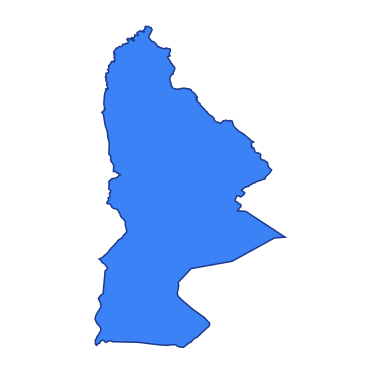 Offinso Municipal, Ashanti, Ghana, rotated 185°
{"feature_id": "2480657B80894926360364", "entity_name": "Offinso Municipal", "entity_type": "district", "adm_level": 2, "iso_a3": "GHA", "parent_name": "Ghana", "parent_adm1": "Ashanti", "projection": "albers", "projection_center": [-1.702, 7.059], "detail": "fine", "context": "isolated", "style": "filled", "palette": "blue", "viewbox_px": 384, "rotation_deg": 185, "n_neighbors": 0, "source": "geoboundaries", "source_scale": "gbopen_adm2", "svg_char_len": 6099}
<svg xmlns="http://www.w3.org/2000/svg" viewBox="0 0 384 384"><g transform="rotate(185 192 192)"><path d="M284.3,313.6L284.2,313.2L284.2,312.4L286.2,310.5L286.1,309.8L285.7,309.6L286.0,307.2L286.7,306.5L286.3,306.2L285.4,304.2L286.1,303.5L286.6,303.4L286.7,303.1L287.9,302.8L287.8,302.4L288.1,302.2L287.6,300.8L288.0,300.5L288.0,300.0L287.6,299.3L287.7,299.1L288.1,299.4L288.3,299.3L288.0,298.2L287.6,298.2L287.6,297.6L287.3,297.5L287.5,297.1L287.5,295.4L287.0,294.6L286.1,293.9L286.3,291.9L285.9,291.5L286.4,291.1L285.6,290.5L285.6,289.6L284.7,288.1L284.7,287.5L285.2,287.7L287.0,287.1L287.0,286.3L286.6,286.2L286.2,285.6L286.4,285.0L287.3,283.9L287.2,282.8L287.5,282.5L287.4,281.5L287.7,280.9L287.5,272.0L286.4,268.1L286.6,267.4L286.0,267.3L286.1,267.0L285.7,266.5L286.6,265.9L286.8,265.3L287.7,264.7L287.8,264.6L287.4,264.4L288.5,263.7L288.7,263.4L288.2,263.3L286.9,261.1L284.1,250.1L283.5,249.2L281.4,244.1L280.6,239.0L278.7,233.5L278.1,222.5L275.7,220.0L276.0,219.6L276.0,218.3L276.0,217.3L275.7,216.4L275.0,215.0L273.5,213.8L272.3,211.3L272.1,205.6L270.7,205.7L269.0,205.1L268.5,204.5L264.8,203.0L266.2,202.0L268.2,199.8L271.1,198.6L272.8,198.5L274.3,196.9L274.6,196.3L275.4,195.9L275.7,194.7L275.4,193.1L274.8,192.4L275.5,191.2L274.9,189.8L275.3,188.0L275.1,187.6L273.4,186.4L272.9,184.9L274.3,183.4L273.3,180.9L273.5,179.8L274.7,179.2L275.0,178.8L274.7,178.3L274.6,176.7L274.2,176.3L274.4,175.9L275.2,175.4L276.0,173.6L275.2,173.0L274.0,173.0L272.6,172.6L272.0,172.2L270.6,170.0L269.5,169.2L269.0,168.9L266.1,168.5L263.9,167.4L263.0,165.3L261.8,164.2L261.4,162.3L260.8,161.4L256.5,157.5L255.9,156.3L255.6,153.5L253.6,147.4L253.9,145.9L256.6,142.7L257.5,140.3L258.9,139.5L261.7,137.1L262.5,135.3L264.1,133.5L264.9,132.0L265.6,131.6L266.2,130.5L267.9,128.9L270.4,124.6L271.9,122.7L273.5,121.5L275.2,119.3L278.6,117.1L277.9,116.9L277.0,116.1L275.8,114.2L272.6,112.5L270.4,109.8L269.6,109.2L270.0,107.5L271.7,105.8L271.7,82.9L273.9,81.2L276.0,78.0L275.8,77.2L275.0,76.3L274.8,75.6L273.3,73.2L273.3,72.0L272.9,71.4L272.6,69.8L274.4,66.0L275.2,64.8L276.5,61.8L277.0,60.5L277.6,57.1L275.3,52.8L271.7,49.4L271.0,48.4L270.7,46.7L271.1,45.4L273.2,40.8L273.9,40.0L274.7,37.2L275.5,35.9L275.0,33.8L275.1,32.8L274.5,31.4L273.5,30.9L272.4,32.7L272.0,33.0L270.9,33.1L270.5,35.1L269.6,35.6L269.0,36.4L267.2,36.5L265.3,34.9L264.7,34.6L260.6,37.0L258.1,35.9L232.3,37.6L213.1,36.9L203.7,37.0L201.8,37.4L200.6,37.9L195.1,38.4L192.1,36.8L188.7,36.5L186.9,36.6L181.8,41.4L180.2,42.1L178.0,45.0L176.0,46.9L173.8,48.0L173.2,49.1L171.7,50.6L171.4,51.3L170.7,51.7L170.3,52.7L169.2,53.5L166.3,56.8L163.6,59.5L163.0,60.6L163.0,62.8L168.7,68.0L180.8,75.1L192.0,83.0L196.4,86.6L197.5,88.5L197.9,88.7L197.1,97.5L197.2,98.3L198.1,100.5L186.2,115.6L146.0,126.5L105.9,153.4L95.3,155.1L136.8,177.4L145.1,177.2L141.9,182.1L142.3,183.6L142.9,184.1L144.4,184.5L145.6,185.7L148.2,186.7L148.5,187.0L147.1,192.2L144.9,192.0L143.5,191.4L142.1,191.9L139.8,194.4L139.4,195.9L142.9,197.9L142.1,198.9L141.6,199.0L140.9,200.3L139.4,201.5L138.7,201.5L138.4,202.0L136.0,202.5L135.3,203.8L134.7,204.3L133.5,204.5L132.4,206.0L130.5,206.4L128.2,208.2L123.3,210.2L121.6,211.2L120.6,211.2L120.1,212.2L120.0,213.6L116.9,217.1L116.1,217.8L114.6,221.0L116.4,222.2L116.7,222.7L118.0,223.6L118.4,224.3L118.9,226.5L119.4,226.8L119.3,227.8L120.1,228.5L121.0,228.8L122.1,229.4L122.5,229.9L125.6,230.2L126.3,230.9L126.2,231.2L126.6,231.7L127.1,233.4L126.7,234.4L127.1,235.7L127.8,236.2L129.4,236.6L130.6,236.6L132.7,237.4L133.8,240.4L134.3,241.1L134.7,240.9L134.9,241.3L135.4,241.3L135.8,241.8L136.2,241.7L136.0,242.4L136.5,242.9L137.0,242.9L137.0,244.2L136.6,245.0L137.1,246.2L136.8,246.7L135.0,247.1L135.5,247.7L137.0,247.7L138.3,249.0L145.6,254.2L151.3,257.0L156.0,261.0L156.6,262.2L158.4,266.5L158.7,266.3L161.1,266.4L161.8,265.9L164.6,266.5L166.2,265.8L166.9,265.8L169.8,262.7L170.8,263.6L172.9,263.6L175.6,265.0L176.7,267.7L177.5,268.4L181.7,270.7L182.9,271.6L183.8,273.0L185.3,273.9L187.0,275.8L188.0,276.2L188.9,277.5L190.2,278.2L191.3,279.2L191.6,280.5L192.3,281.3L194.5,282.2L194.6,282.4L194.4,283.1L195.0,283.5L194.8,283.7L195.2,284.8L195.6,284.7L195.5,285.0L195.7,285.3L195.2,285.8L195.7,286.2L195.1,286.1L195.1,286.8L194.6,286.6L198.6,290.9L201.0,292.2L201.8,293.8L203.8,294.5L204.6,294.3L205.5,294.6L206.0,294.4L208.3,294.8L211.3,294.4L213.1,293.7L213.6,293.2L214.0,293.3L215.7,293.4L216.4,293.1L219.5,293.6L220.1,294.0L221.4,295.5L222.1,296.8L222.5,299.1L223.2,299.9L224.0,302.3L223.9,303.5L223.5,304.0L223.6,305.5L221.8,307.5L221.1,307.8L221.0,308.3L221.1,309.7L220.3,311.3L220.0,312.7L220.1,314.7L222.3,316.4L222.3,316.9L223.4,318.1L224.3,318.6L224.5,318.9L224.4,319.4L228.3,324.5L227.0,325.2L225.9,325.4L225.7,325.9L226.8,327.1L226.0,330.0L225.9,331.5L226.1,332.5L230.5,333.2L231.4,332.5L232.4,332.3L236.2,333.1L236.9,333.6L239.0,333.7L239.3,334.5L240.0,335.2L240.1,335.9L242.2,337.6L243.3,338.4L245.6,338.8L247.0,340.6L247.7,341.0L248.5,342.8L248.2,344.1L247.4,345.7L247.5,346.0L247.1,346.3L247.2,346.8L246.8,347.5L246.9,347.9L246.0,349.3L245.9,350.2L247.0,352.0L247.4,351.7L249.6,353.1L250.3,352.8L252.4,353.1L253.2,352.5L253.0,351.4L252.6,351.0L253.3,350.6L254.0,349.0L254.5,348.6L254.5,348.2L253.6,347.6L253.5,347.3L253.7,347.0L254.9,347.2L256.0,347.9L257.2,348.0L257.9,347.9L258.7,347.2L260.6,346.2L260.7,345.5L260.3,344.7L259.2,343.4L259.3,343.2L261.0,343.5L261.8,343.3L262.0,342.9L262.6,343.4L262.7,341.5L263.0,340.9L264.7,340.4L262.7,338.1L263.1,337.5L263.7,337.9L264.8,338.1L265.2,338.4L265.2,338.9L264.9,339.4L265.1,340.2L265.9,340.5L265.9,339.0L266.5,338.8L268.1,339.5L269.4,339.4L270.2,338.0L269.3,337.6L268.6,337.1L269.0,334.5L271.2,334.1L272.4,333.3L273.6,333.3L273.9,333.0L274.3,331.2L275.7,330.6L277.6,330.4L278.7,329.0L279.6,328.7L279.4,328.5L280.4,327.8L281.0,327.0L281.2,326.1L282.3,324.7L281.7,323.1L281.3,323.2L281.6,322.4L281.4,322.5L281.0,322.2L280.7,321.5L281.2,319.8L280.8,319.2L281.3,318.9L280.8,318.5L280.6,317.8L280.4,316.3L280.7,315.9L280.7,315.0L281.1,314.8L281.4,315.3L282.0,315.5L282.2,315.3L281.9,314.9L283.5,314.9L283.4,314.4L284.3,313.6Z" fill="#3b82f6" stroke="#1e3a8a" stroke-width="1.5"/></g></svg>